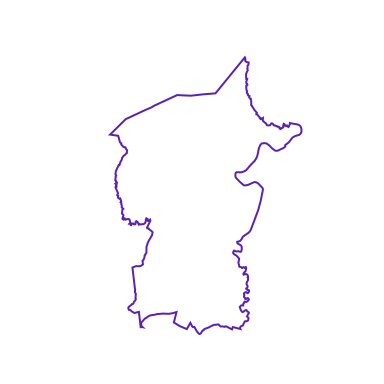 outline of Tanquián de Escobedo, San Luis Potosí, Mexico, rotated 20°
{"feature_id": "50627088B81870617842990", "entity_name": "Tanquián de Escobedo", "entity_type": "district", "adm_level": 2, "iso_a3": "MEX", "parent_name": "Mexico", "parent_adm1": "San Luis Potosí", "projection": "natural_earth1", "projection_center": [-98.642, 21.612], "detail": "fine", "context": "isolated", "style": "outline", "palette": "violet", "viewbox_px": 384, "rotation_deg": 20, "n_neighbors": 0, "source": "geoboundaries", "source_scale": "gbopen_adm2", "svg_char_len": 6037}
<svg xmlns="http://www.w3.org/2000/svg" viewBox="0 0 384 384"><g transform="rotate(20 192 192)"><path d="M260.4,93.7L260.7,94.7L260.7,96.4L260.4,97.9L259.4,97.8L258.7,97.0L257.6,97.4L257.6,97.8L256.3,98.0L256.1,97.5L256.2,97.1L255.6,96.6L255.1,96.6L255.2,96.9L254.9,97.0L255.0,97.5L255.0,98.3L255.1,98.6L255.3,99.5L255.5,99.4L255.6,99.7L255.0,100.9L254.4,101.6L254.4,101.3L253.7,101.7L253.7,102.0L252.7,102.4L252.2,101.8L252.0,101.2L251.2,101.1L248.4,101.1L248.5,101.2L247.6,101.1L246.6,101.4L245.7,101.1L244.3,100.1L243.1,100.4L242.5,102.6L240.5,103.5L239.8,103.6L239.2,103.4L238.4,102.4L235.6,101.4L234.9,101.0L234.6,101.1L234.1,100.7L233.4,98.3L232.8,99.2L232.1,99.1L232.0,99.7L231.5,100.0L230.8,99.2L230.5,99.3L230.4,99.0L229.8,98.6L228.7,98.0L227.7,97.3L226.1,96.8L225.8,96.9L225.7,96.6L226.0,96.0L225.9,95.4L222.2,93.3L220.9,92.1L218.7,90.7L218.5,90.2L217.7,89.9L217.4,88.5L216.4,86.0L215.7,84.9L215.4,84.3L214.9,84.5L213.4,83.6L213.2,82.2L211.7,82.1L211.0,80.8L209.8,80.3L209.3,79.1L209.4,78.5L208.7,78.0L207.2,75.5L207.1,74.1L206.6,73.4L207.4,72.3L206.6,71.4L206.1,71.3L205.3,70.2L205.2,67.0L204.5,67.2L204.4,66.5L203.8,66.2L202.5,62.8L202.5,60.4L202.8,58.6L201.8,57.2L201.9,56.7L201.0,54.4L201.5,53.2L201.0,50.9L198.9,51.2L197.4,50.8L196.9,50.1L196.8,49.0L196.3,48.0L195.6,47.4L180.3,91.3L169.1,96.4L158.0,101.9L144.9,106.0L127.1,123.7L124.9,126.4L120.3,130.7L104.8,146.2L95.4,166.1L103.4,164.4L107.4,170.0L108.9,170.4L109.2,171.5L111.9,173.0L113.4,172.9L113.7,173.2L114.4,173.0L115.4,174.2L116.8,175.0L117.1,177.0L117.5,177.4L116.0,180.5L115.5,181.1L115.0,182.8L114.6,183.8L115.0,185.6L114.5,187.7L114.6,191.6L113.9,191.7L113.3,198.5L114.1,201.7L115.2,202.5L114.9,203.6L115.4,204.5L115.6,206.4L116.0,207.2L116.4,207.2L116.7,207.5L117.0,208.4L117.5,208.2L118.2,208.7L118.4,210.2L117.6,210.6L118.2,210.9L118.9,211.8L119.1,212.7L118.4,212.7L118.6,213.9L122.8,218.3L122.8,220.5L124.0,220.8L124.0,222.2L124.6,222.7L126.3,223.2L126.6,222.6L127.3,223.2L128.6,224.9L128.4,226.1L129.5,226.5L129.8,227.8L130.7,228.8L131.2,230.4L133.2,231.4L132.6,232.2L133.5,236.2L135.1,236.9L135.6,237.5L135.5,239.1L135.8,241.0L136.1,241.2L137.0,241.3L137.2,239.8L137.8,239.8L138.9,240.8L140.1,239.8L141.6,239.1L142.7,239.2L144.5,241.9L144.2,242.3L144.0,243.2L145.0,242.8L145.7,244.0L146.2,244.0L146.2,243.4L145.9,242.3L147.6,241.7L147.9,242.1L148.5,242.3L149.6,241.8L149.8,241.1L149.3,239.6L149.6,238.5L151.1,238.8L152.7,240.4L152.8,239.9L153.4,239.9L153.8,240.5L157.5,238.7L158.3,237.7L158.5,237.1L158.5,234.8L158.4,234.3L158.0,233.8L158.1,232.3L159.5,232.6L159.5,234.0L160.4,234.3L161.1,233.9L162.0,232.3L162.7,233.2L161.9,240.9L162.5,241.4L163.8,241.1L164.1,241.6L167.4,242.6L168.8,243.3L169.2,246.4L168.0,252.9L167.8,255.3L168.0,257.5L167.9,258.7L170.0,265.0L169.4,266.6L169.6,267.2L169.2,268.2L169.6,269.1L169.7,271.2L169.5,272.5L169.0,273.4L170.7,276.9L169.0,279.1L168.2,279.6L164.6,280.9L161.9,283.4L172.0,303.5L172.7,305.8L173.9,306.6L175.3,311.3L175.9,311.8L175.7,313.6L175.0,315.0L175.1,316.9L174.4,317.7L173.9,317.9L173.5,319.0L172.1,321.2L171.7,322.2L172.2,323.5L173.0,324.3L174.3,324.0L176.5,324.9L179.3,325.4L183.1,322.8L190.0,336.6L191.1,336.0L191.8,335.9L190.2,335.2L188.9,332.3L191.0,327.1L192.5,325.4L193.7,323.5L195.2,322.1L198.9,320.1L201.1,318.6L203.1,317.7L206.3,316.2L211.9,314.4L215.3,312.5L218.5,310.1L219.6,320.8L226.4,322.2L234.0,322.6L235.2,315.5L238.4,318.4L239.4,318.6L240.4,318.0L244.1,321.2L246.6,322.7L247.5,322.9L248.5,322.2L248.9,320.9L249.0,319.4L249.6,318.4L250.2,317.9L250.1,317.3L250.9,316.2L254.1,313.5L256.0,311.3L258.2,309.3L260.4,308.3L261.3,307.7L262.3,307.4L264.8,308.6L266.6,307.9L268.7,307.6L269.2,306.9L270.2,306.6L276.6,307.4L276.6,304.9L284.3,304.2L284.0,303.9L283.5,302.6L284.0,301.4L285.5,300.0L285.5,298.3L285.9,295.6L286.2,295.2L287.5,294.8L288.1,294.3L288.5,293.6L288.6,292.7L288.2,291.2L287.9,290.8L286.3,290.2L286.3,288.9L286.8,286.1L286.6,285.7L284.7,285.3L283.6,284.4L283.1,284.5L282.4,285.0L281.6,286.5L280.9,287.4L280.1,287.5L278.5,286.5L276.2,283.8L276.9,281.9L277.4,281.5L278.9,281.1L278.4,279.4L278.8,278.7L278.8,277.7L279.1,276.9L280.2,276.9L280.8,276.6L281.9,275.0L281.9,274.3L282.2,273.4L281.6,272.9L280.9,272.6L280.1,272.9L279.4,274.1L278.8,274.3L278.4,274.1L277.9,273.3L277.3,273.2L276.7,272.6L276.5,272.2L276.5,271.1L275.5,269.7L275.6,269.1L275.9,268.8L276.2,268.2L277.0,267.6L277.5,267.6L278.0,268.0L278.9,268.0L279.2,267.7L279.7,266.1L279.5,265.5L279.0,264.8L278.6,264.8L278.1,265.1L277.7,265.1L275.9,264.3L275.9,264.0L276.7,263.2L276.7,262.2L276.4,261.4L274.8,259.9L274.5,259.2L274.4,257.8L274.7,256.7L274.7,255.7L274.3,253.9L273.5,253.3L273.8,252.6L273.5,252.1L272.8,251.2L272.0,250.7L271.4,250.6L270.2,250.9L268.9,252.0L268.5,251.9L268.3,251.5L268.4,250.2L268.8,249.1L269.3,248.6L269.4,248.0L269.0,245.1L268.4,244.2L267.9,244.3L267.3,245.3L265.9,245.1L265.3,246.2L264.9,246.3L263.5,245.8L262.6,246.0L261.9,245.9L261.1,244.4L260.2,243.3L259.7,242.1L259.2,238.7L259.0,238.4L255.3,236.5L252.9,236.1L252.0,235.7L251.4,235.0L251.3,233.5L251.5,232.7L252.0,232.6L252.6,232.9L253.1,232.7L254.1,232.7L255.8,231.8L257.9,231.7L258.3,231.5L258.6,230.5L258.3,228.7L257.6,226.8L256.6,225.6L255.6,225.3L252.6,224.8L251.8,224.2L251.5,223.3L253.5,222.0L254.2,221.0L254.8,219.0L254.9,217.6L255.2,216.4L259.1,210.9L259.9,209.1L260.2,207.1L260.4,186.2L259.5,176.1L257.8,165.3L257.2,164.4L256.7,164.0L250.8,161.1L248.2,161.0L246.9,161.6L242.3,166.1L239.6,167.7L238.7,167.9L238.1,167.9L233.3,166.0L228.6,163.7L227.6,162.7L226.6,160.2L226.6,159.0L227.1,158.2L231.7,156.6L234.0,154.7L235.5,152.9L237.6,147.2L240.3,141.1L240.8,138.7L241.0,135.6L239.9,128.0L240.0,126.2L240.1,124.5L240.6,123.3L241.0,122.5L243.4,121.3L245.5,120.9L248.4,121.7L252.4,123.6L255.6,124.6L256.6,124.6L258.5,123.8L261.2,121.0L263.0,119.3L264.0,117.5L264.0,117.1L263.6,116.4L263.6,115.9L264.7,114.3L266.0,112.1L267.8,106.5L269.6,104.3L273.1,101.7L273.9,100.5L274.1,99.8L274.3,99.0L274.2,97.9L273.8,96.6L272.8,94.6L271.2,92.9L269.8,92.5L267.5,92.5L262.2,93.5L260.4,93.7Z" fill="none" stroke="#5b21b6" stroke-width="2"/></g></svg>